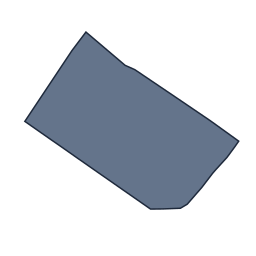 the district of Prampir Meakkakra, Phnom Penh, Cambodia, rotated 311°
{"feature_id": "14789045B12201712082665", "entity_name": "Prampir Meakkakra", "entity_type": "district", "adm_level": 2, "iso_a3": "KHM", "parent_name": "Cambodia", "parent_adm1": "Phnom Penh", "projection": "equal_earth", "projection_center": [104.914, 11.564], "detail": "fine", "context": "isolated", "style": "filled", "palette": "slate", "viewbox_px": 256, "rotation_deg": 311, "n_neighbors": 0, "source": "geoboundaries", "source_scale": "gbopen_adm2", "svg_char_len": 421}
<svg xmlns="http://www.w3.org/2000/svg" viewBox="0 0 256 256"><g transform="rotate(311 128 128)"><path d="M190.7,220.2L187.5,185.5L182.6,144.6L176.5,94.8L173.4,84.7L172.8,33.3L149.8,34.9L65.3,45.8L68.7,77.8L69.8,87.6L72.3,111.6L78.0,164.8L81.6,198.2L89.7,207.3L101.8,220.2L109.4,222.7L131.6,222.7L149.2,221.6L154.2,221.6L170.7,222.0L184.3,220.9L190.7,220.2Z" fill="#64748b" stroke="#1e293b" stroke-width="1.5"/></g></svg>